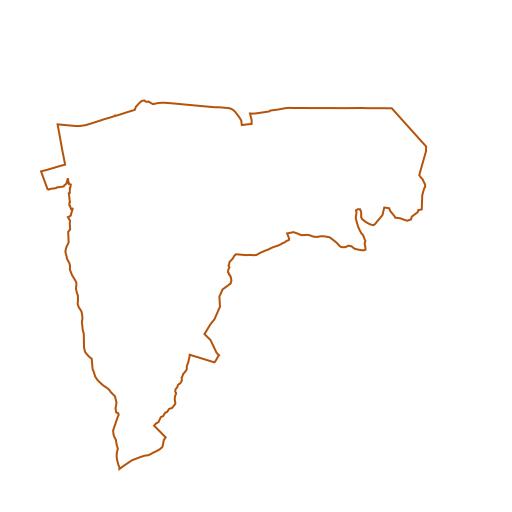 Lugasu De Jos, Bihor, Romania (orthographic projection), rotated 167°
{"feature_id": "2599482B52490919803078", "entity_name": "Lugasu De Jos", "entity_type": "district", "adm_level": 2, "iso_a3": "ROU", "parent_name": "Romania", "parent_adm1": "Bihor", "projection": "orthographic", "projection_center": [22.33, 47.093], "detail": "fine", "context": "isolated", "style": "outline", "palette": "amber", "viewbox_px": 512, "rotation_deg": 167, "n_neighbors": 0, "source": "geoboundaries", "source_scale": "gbopen_adm2", "svg_char_len": 5529}
<svg xmlns="http://www.w3.org/2000/svg" viewBox="0 0 512 512"><g transform="rotate(167 256 256)"><path d="M419.7,428.9L419.8,428.1L419.9,424.4L420.9,404.1L421.0,401.4L421.4,388.7L421.4,388.0L421.8,387.9L423.3,387.9L426.3,387.8L431.6,387.5L432.3,387.4L436.1,387.2L436.6,387.2L438.4,387.1L439.1,387.0L446.4,386.8L444.1,368.1L443.7,368.0L443.4,367.6L443.0,367.6L443.0,367.4L442.9,367.4L442.6,367.4L440.8,367.6L440.1,367.6L438.0,367.3L437.3,367.2L436.6,367.3L435.9,367.1L434.5,367.6L433.0,367.5L431.9,367.3L430.2,367.2L428.2,367.0L427.5,367.2L427.1,367.8L424.9,368.9L424.2,369.7L423.3,371.3L422.6,372.7L421.8,374.1L422.0,371.4L422.1,370.7L422.3,369.3L421.9,369.2L422.1,368.2L421.2,367.7L420.4,367.3L420.9,365.9L421.2,365.2L421.6,364.6L421.8,364.0L422.1,364.0L423.3,359.3L424.3,359.3L425.2,350.3L425.8,350.1L426.1,348.6L426.4,347.8L426.4,347.3L426.2,347.3L426.0,347.0L425.9,346.6L425.9,346.1L425.9,345.3L425.6,343.4L424.6,343.6L424.1,343.5L424.0,343.2L426.4,339.1L426.9,338.2L427.3,337.1L428.0,336.9L429.2,336.4L430.5,336.2L429.3,332.0L430.1,329.8L431.1,323.8L433.6,321.7L435.5,311.4L438.7,307.4L440.2,304.6L440.8,302.7L440.6,297.7L440.9,296.3L440.2,293.6L439.7,292.1L439.5,291.0L439.4,288.4L440.4,284.6L439.5,278.5L437.9,274.0L437.1,270.8L437.3,268.9L438.8,264.7L438.8,260.9L438.5,257.1L439.7,251.8L440.6,249.4L440.2,245.9L438.9,242.4L438.6,241.2L438.6,240.2L438.6,238.2L439.1,234.4L440.0,232.2L440.7,230.0L440.7,229.1L441.5,222.7L441.3,219.7L441.3,219.0L444.0,206.2L444.2,202.5L444.0,200.6L442.5,197.5L441.2,195.3L439.2,192.8L440.5,183.8L440.6,181.7L440.2,180.3L439.8,174.6L438.3,170.7L435.9,166.9L433.8,164.0L431.3,161.4L430.0,159.9L429.4,159.0L428.6,157.5L428.2,156.2L425.0,151.0L424.9,144.5L427.2,139.0L427.4,135.0L425.6,133.8L425.6,132.0L426.8,130.5L434.5,118.1L435.0,113.9L434.6,110.8L433.9,108.5L434.2,103.3L434.0,99.2L435.8,95.9L437.0,91.7L437.2,87.8L437.1,83.6L437.0,82.8L436.8,82.1L436.6,80.5L436.8,80.0L437.0,79.2L431.4,81.6L422.7,84.9L414.6,86.0L411.9,86.3L409.1,86.5L405.8,86.1L402.9,86.7L400.5,87.5L397.4,88.1L393.3,89.3L390.4,90.8L389.3,92.6L387.3,97.3L384.8,99.6L393.5,113.6L391.0,115.4L388.5,116.0L385.0,120.4L382.5,120.9L379.8,123.7L377.8,124.0L375.0,126.6L371.9,126.8L368.0,130.0L367.6,131.3L367.6,132.3L367.5,133.2L367.4,134.8L366.9,136.4L366.3,137.8L364.9,139.8L364.7,140.4L365.2,141.9L364.8,143.2L364.2,144.5L362.5,145.5L362.0,146.3L361.5,147.2L360.8,148.1L360.1,148.5L359.4,148.7L358.8,148.8L358.0,149.3L356.9,150.6L356.3,151.2L356.0,152.5L355.8,154.3L355.3,154.6L353.6,157.2L353.1,157.8L352.7,157.9L350.7,159.5L350.4,159.6L349.9,160.1L349.3,160.7L349.1,161.2L348.7,161.9L348.4,163.7L346.6,166.8L345.8,167.7L344.8,170.2L343.7,172.2L343.5,172.8L342.8,174.7L320.4,161.7L318.9,163.0L317.8,164.1L316.4,165.7L315.3,167.0L314.3,167.5L316.2,170.5L319.2,184.3L323.8,191.5L315.9,199.6L313.6,201.4L310.7,203.7L302.5,214.7L300.8,224.7L297.9,228.5L296.2,230.9L290.2,233.5L286.8,235.0L286.9,235.4L286.3,236.4L285.6,237.2L285.4,238.5L285.4,239.5L285.3,240.4L285.5,241.1L285.3,241.4L285.7,242.7L285.9,242.9L286.1,243.4L286.0,243.6L286.3,243.9L286.4,244.7L286.4,245.4L287.0,246.4L286.2,248.6L284.4,251.1L285.0,252.7L284.2,253.8L283.6,255.0L283.2,256.1L281.7,257.1L279.1,258.8L277.3,260.9L275.2,262.2L270.8,260.8L265.1,259.0L261.6,258.4L258.1,257.3L255.4,256.9L250.9,258.2L245.6,259.2L243.4,259.4L237.6,260.7L232.2,261.2L228.8,261.9L227.1,262.6L225.4,262.7L223.2,263.7L220.3,264.2L219.8,265.6L220.6,271.0L214.1,270.8L211.9,269.4L210.9,268.8L207.3,266.2L203.8,265.4L201.7,265.2L199.3,264.3L195.6,261.9L192.1,260.8L188.6,260.7L185.4,259.9L183.0,259.0L182.1,258.5L180.4,257.9L178.9,256.3L176.0,252.8L174.3,250.6L172.8,247.8L171.4,245.9L169.5,245.0L166.6,244.5L163.7,245.3L160.8,244.0L158.4,241.0L155.8,239.6L151.7,237.8L149.6,237.3L147.9,237.5L147.5,239.7L147.4,241.7L147.4,243.8L147.0,244.5L146.6,244.9L146.1,246.0L147.0,252.3L148.2,254.3L149.2,257.9L149.9,261.6L150.2,266.5L150.3,269.9L150.1,271.0L148.3,275.8L148.3,278.0L146.1,278.7L144.0,278.0L143.7,274.8L144.1,273.0L144.8,270.3L144.2,267.9L142.2,265.4L140.5,263.6L137.9,261.3L134.8,259.6L133.0,260.2L130.6,262.1L125.5,265.9L123.6,267.4L122.2,270.2L120.1,274.4L115.5,272.6L115.2,269.9L112.0,263.4L111.8,262.1L107.0,260.3L102.1,257.1L100.6,256.4L96.8,256.7L95.4,259.3L94.3,259.8L91.1,261.2L89.6,261.8L88.1,262.8L87.7,263.8L87.5,264.2L84.0,264.1L83.9,264.6L82.1,271.3L80.3,277.9L77.4,283.2L76.5,284.6L75.8,285.0L75.4,286.2L75.2,287.9L76.6,293.6L77.9,295.8L78.7,298.2L66.8,319.8L66.6,320.6L65.6,324.4L71.2,334.5L90.5,369.4L101.0,371.9L113.9,374.9L120.0,376.5L122.2,377.0L134.5,379.7L153.7,384.2L168.8,387.7L177.2,389.7L185.5,391.6L190.9,393.0L193.5,393.4L202.4,393.8L209.4,394.5L209.9,394.2L210.3,393.9L212.0,394.0L217.4,394.4L220.9,394.7L224.3,395.0L225.2,395.1L226.7,395.4L227.7,395.6L228.2,395.7L229.4,396.1L229.8,396.2L229.7,389.5L230.5,385.7L240.4,386.8L239.9,391.1L240.1,392.1L241.3,395.5L243.1,399.4L243.8,401.0L244.6,402.3L245.5,403.5L247.1,405.0L249.0,406.1L257.7,409.0L263.0,410.3L273.1,413.6L284.9,417.5L296.4,421.3L303.6,423.7L304.6,424.0L309.4,425.5L311.0,426.0L312.5,426.3L316.8,427.1L318.3,427.1L320.4,427.1L321.3,427.1L322.2,427.1L323.3,428.1L326.2,430.8L326.8,430.6L328.2,430.9L329.1,431.6L329.6,432.6L332.5,432.8L335.6,431.1L336.7,430.3L337.9,429.5L339.6,428.3L340.4,427.0L341.2,425.7L342.1,425.6L349.4,425.1L359.6,424.2L361.4,424.2L361.6,424.5L361.8,424.2L364.9,423.9L367.9,423.7L373.5,423.4L377.5,423.0L386.0,422.3L391.0,421.9L392.3,421.9L393.7,421.9L398.5,422.3L401.5,422.9L415.5,427.5L419.7,428.9Z" fill="none" stroke="#b45309" stroke-width="2"/></g></svg>